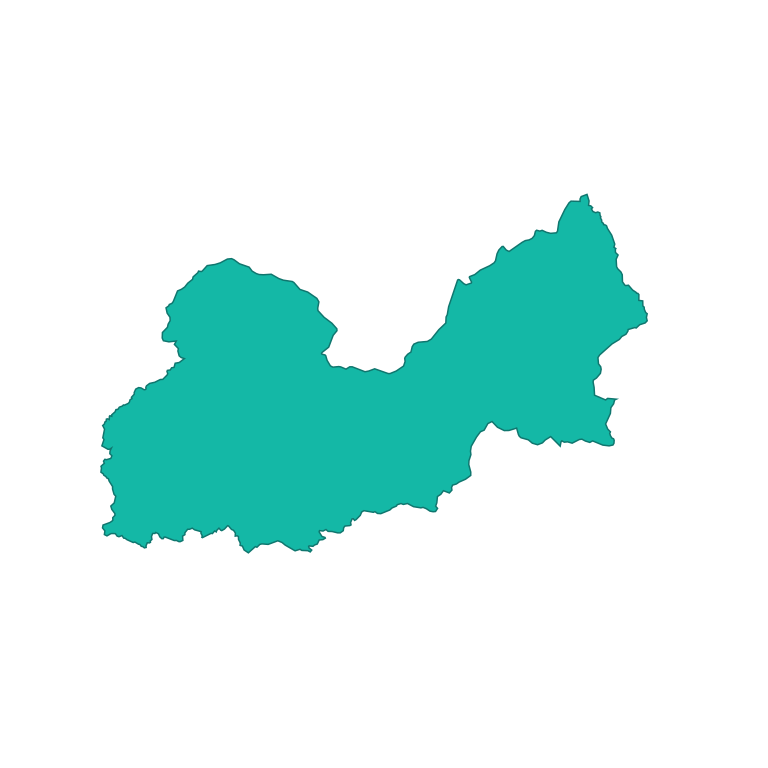 the district of Thuong Xuan, Thanh Hóa, Vietnam, rotated 117°
{"feature_id": "81297802B72882386082996", "entity_name": "Thuong Xuan", "entity_type": "district", "adm_level": 2, "iso_a3": "VNM", "parent_name": "Vietnam", "parent_adm1": "Thanh Hóa", "projection": "natural_earth1", "projection_center": [105.249, 19.914], "detail": "fine", "context": "isolated", "style": "filled", "palette": "teal", "viewbox_px": 768, "rotation_deg": 117, "n_neighbors": 0, "source": "geoboundaries", "source_scale": "gbopen_adm2", "svg_char_len": 6171}
<svg xmlns="http://www.w3.org/2000/svg" viewBox="0 0 768 768"><g transform="rotate(117 384 384)"><path d="M205.6,180.4L201.9,181.4L201.5,183.3L199.2,186.0L197.4,187.1L196.9,188.8L192.5,191.2L193.8,194.9L188.6,197.5L188.0,199.0L188.4,200.2L187.9,201.0L187.4,205.2L185.0,211.0L186.6,213.4L186.6,214.2L184.7,217.9L178.5,221.3L176.6,223.8L175.2,228.1L173.9,230.0L167.4,233.8L162.8,234.0L161.7,237.5L159.0,239.0L158.1,238.9L157.8,241.2L154.6,241.9L148.0,248.7L143.9,255.6L142.1,257.4L141.8,258.6L142.3,260.7L141.3,261.4L140.8,263.5L139.0,264.6L137.8,266.5L136.5,266.7L135.7,268.0L133.5,269.4L133.7,271.6L135.3,273.2L135.5,276.1L133.8,278.7L132.2,278.2L131.4,280.6L132.0,282.8L127.8,284.4L122.9,289.2L127.5,293.4L130.1,293.3L132.3,292.2L136.2,300.4L138.6,301.4L146.4,302.1L160.2,301.8L169.0,298.8L171.0,299.0L174.1,303.9L175.1,308.2L175.3,312.9L177.0,314.5L177.7,317.8L179.2,318.4L183.5,317.4L186.9,318.1L189.7,320.1L192.1,323.2L195.0,325.2L209.1,332.7L209.2,335.8L207.3,340.2L207.9,341.2L212.5,342.5L216.6,342.4L223.6,340.6L226.0,340.9L230.6,343.5L238.8,349.9L245.3,352.8L249.5,356.5L250.4,356.3L253.5,352.2L254.5,352.1L258.4,355.9L258.4,358.4L256.9,364.0L257.2,365.2L258.0,365.6L285.8,361.5L293.5,359.1L296.1,359.1L301.6,356.6L310.7,359.8L322.5,362.2L326.4,364.7L331.3,372.5L334.9,375.5L337.9,375.8L343.3,374.5L346.7,376.4L350.4,377.3L351.7,377.2L354.4,375.4L359.1,374.7L366.9,379.0L372.0,383.4L372.8,385.0L374.7,399.2L379.4,403.5L381.7,406.5L383.1,420.1L384.2,422.3L388.0,424.6L388.4,430.3L389.0,432.2L392.2,437.2L392.2,440.0L388.8,445.4L385.2,448.8L384.9,449.7L385.6,452.8L385.2,453.5L384.0,453.5L376.3,450.0L363.7,451.4L357.9,450.1L356.2,451.1L353.5,458.0L351.8,467.6L348.6,476.2L346.5,477.5L340.4,479.3L338.2,482.7L336.7,493.7L337.9,501.8L334.5,510.3L334.3,512.2L337.2,520.8L337.8,525.6L337.4,534.3L341.4,541.0L343.2,545.1L343.6,548.0L343.3,552.7L341.1,557.2L342.5,567.4L341.4,574.0L341.5,576.7L343.8,580.3L350.4,584.9L354.2,588.8L358.8,595.3L365.9,597.2L366.8,597.9L367.6,600.5L369.4,600.4L375.2,602.7L377.7,602.1L383.2,604.6L388.1,605.6L391.6,607.5L394.8,610.2L406.3,609.2L408.5,609.6L410.6,611.4L412.2,611.3L415.1,612.8L419.3,609.4L421.7,605.0L424.6,603.3L428.7,603.5L431.8,602.7L438.7,604.8L443.7,602.5L445.6,600.2L444.1,594.8L440.0,588.6L443.9,588.7L445.8,583.3L448.2,582.6L451.9,579.3L452.5,576.7L452.0,573.4L457.8,576.2L460.3,579.5L464.5,578.6L466.0,580.6L468.5,580.8L470.2,583.2L471.3,583.1L473.0,581.4L474.3,581.3L480.3,583.2L481.6,585.4L486.5,589.0L489.9,593.1L493.5,594.8L495.1,594.7L496.3,593.8L497.4,594.2L498.0,595.1L497.8,598.7L498.6,601.0L501.3,602.9L505.0,602.7L506.5,601.9L510.5,603.0L511.5,601.9L513.2,603.1L516.0,602.6L517.6,603.2L520.7,605.7L521.0,606.7L522.4,607.1L524.8,609.3L527.4,609.6L528.5,611.2L530.9,611.0L535.0,612.6L536.4,611.9L536.7,613.8L537.4,614.0L540.4,612.7L540.5,614.4L541.3,615.4L543.5,614.7L544.4,615.4L546.8,615.0L548.7,615.8L551.1,612.5L559.6,610.1L560.6,608.3L567.2,607.3L567.5,600.3L566.5,598.7L564.9,597.8L568.0,597.7L570.6,596.6L571.5,593.9L574.3,593.6L577.4,596.9L577.8,598.5L580.1,598.9L581.6,597.2L585.8,598.8L587.1,597.6L591.1,596.2L591.5,593.4L592.5,592.2L592.7,589.8L593.6,588.3L593.5,586.6L595.3,584.8L598.6,579.3L600.8,578.2L604.9,574.4L605.7,572.1L612.4,570.4L616.8,572.0L619.3,569.6L621.6,565.0L623.2,564.1L626.2,565.0L628.4,563.8L629.4,564.0L631.8,565.3L637.2,570.3L640.0,569.5L641.6,566.0L645.1,564.8L645.1,561.9L641.3,559.4L640.3,557.7L639.3,555.4L640.7,552.7L640.4,550.8L638.0,548.7L639.5,545.9L639.0,544.6L639.4,542.5L639.1,535.5L637.9,534.2L638.2,530.0L637.8,528.7L638.8,526.6L638.4,525.0L638.8,523.1L637.6,521.7L636.2,522.6L632.9,522.8L632.1,520.9L631.1,520.2L629.9,521.0L627.9,520.2L625.5,521.9L622.2,522.3L621.1,520.2L619.9,520.0L619.9,516.9L622.0,514.3L622.7,511.7L622.0,510.5L620.3,510.4L619.7,509.5L618.7,499.9L617.6,497.7L617.6,495.3L617.0,494.0L614.7,492.2L611.0,494.4L608.6,493.0L607.0,493.9L602.6,493.0L601.7,491.3L599.5,489.4L599.9,486.5L598.6,480.0L600.0,479.4L601.9,476.9L603.3,476.7L603.3,476.0L595.6,470.3L595.2,469.0L591.9,468.2L591.9,466.3L590.5,466.6L587.4,465.6L588.4,463.0L588.3,462.0L585.7,460.3L581.2,459.0L581.0,458.2L582.8,453.9L582.7,451.6L584.2,448.8L587.1,447.5L585.9,445.9L586.0,444.5L588.6,443.0L590.9,439.9L593.1,439.0L592.7,436.6L595.4,433.3L596.0,428.2L587.3,424.8L587.1,423.1L583.3,421.8L581.9,420.2L579.5,414.4L571.9,407.4L571.5,402.9L572.4,398.9L573.0,387.5L569.4,383.8L569.6,381.7L567.1,376.2L567.1,373.5L564.8,373.0L564.1,376.3L562.8,377.5L562.2,377.1L560.9,373.6L559.0,372.8L556.9,370.8L552.4,370.9L550.4,367.8L548.0,366.3L547.5,366.9L548.0,370.1L545.2,374.7L543.9,374.9L542.7,371.6L540.0,369.6L540.7,366.9L539.0,363.3L537.7,357.8L536.5,355.4L533.2,353.7L530.3,354.7L528.3,354.3L525.6,350.1L524.5,349.4L522.6,350.9L518.7,351.2L518.0,350.1L518.9,348.3L517.5,347.3L511.7,345.5L508.2,345.8L506.0,344.4L503.1,335.1L501.8,334.1L502.3,331.1L501.0,328.0L493.6,321.6L490.7,320.5L487.1,317.5L485.5,317.4L482.8,314.6L482.5,312.1L479.8,308.8L479.9,302.0L477.6,294.9L476.2,293.2L475.9,289.7L476.4,285.3L475.5,282.2L474.2,280.2L470.5,279.8L469.4,282.5L465.9,283.0L460.0,285.3L456.5,283.3L452.1,282.6L451.4,276.3L447.7,275.3L445.6,276.8L443.0,277.0L440.2,274.1L437.2,272.5L431.8,268.1L426.1,265.2L423.1,266.7L417.3,271.9L413.7,273.5L407.5,274.5L404.5,276.5L399.9,278.0L389.2,277.5L382.8,276.4L379.6,273.8L372.1,273.5L368.4,270.7L371.0,263.3L370.9,255.7L368.7,251.6L363.1,245.8L368.0,241.3L369.2,239.6L369.7,237.5L368.2,230.1L369.4,225.0L368.4,219.6L364.5,216.1L360.6,214.9L355.2,211.6L359.4,198.8L355.3,200.0L353.9,199.7L354.0,197.0L352.2,194.2L351.3,189.5L344.8,184.8L343.3,182.6L343.4,178.7L342.6,174.1L340.0,172.3L339.1,161.3L336.9,155.3L334.4,152.3L332.4,152.2L329.6,153.4L328.6,154.6L328.7,156.4L327.3,158.7L325.5,160.5L323.9,160.5L322.6,164.2L319.0,168.4L307.5,168.9L302.1,171.1L297.4,170.4L293.5,171.3L292.1,170.2L295.3,178.2L297.6,179.3L298.4,191.3L291.6,195.3L287.3,198.6L285.5,199.2L282.2,197.4L276.3,196.0L272.3,197.2L270.2,198.8L268.7,202.0L263.3,205.4L260.1,205.0L244.7,199.0L237.4,194.5L233.7,193.7L229.8,191.0L226.1,190.7L224.6,191.2L219.9,186.2L219.6,184.7L215.1,183.1L211.0,179.0L208.2,178.2L205.6,180.4Z" fill="#14b8a6" stroke="#0f766e" stroke-width="1.5"/></g></svg>